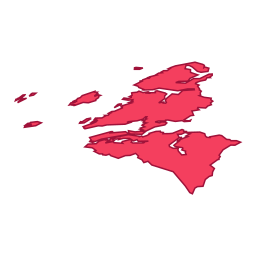 the district of Bodø nor, Nordland, Norway
{"feature_id": "86288312B60983517204025", "entity_name": "Bodø nor", "entity_type": "district", "adm_level": 2, "iso_a3": "NOR", "parent_name": "Norway", "parent_adm1": "Nordland", "projection": "robinson", "projection_center": [14.703, 67.257], "detail": "fine", "context": "isolated", "style": "filled", "palette": "rose", "viewbox_px": 256, "rotation_deg": 0, "n_neighbors": 0, "source": "geoboundaries", "source_scale": "gbopen_adm2", "svg_char_len": 5838}
<svg xmlns="http://www.w3.org/2000/svg" viewBox="0 0 256 256"><path d="M189.8,192.6L192.4,193.8L194.9,188.1L197.5,186.6L203.0,186.3L205.3,179.5L209.2,176.4L212.2,175.5L212.6,171.9L214.4,168.5L210.1,165.1L217.7,159.6L219.0,159.4L219.0,158.2L220.2,156.6L219.1,155.2L223.0,149.8L230.7,145.1L235.0,145.2L240.6,142.2L236.6,140.7L230.9,140.7L229.8,139.6L226.6,139.4L221.7,135.6L219.2,135.1L209.9,136.8L210.0,137.5L206.8,137.3L205.5,136.1L204.7,133.7L199.9,132.1L188.0,132.4L186.9,133.0L190.0,133.8L185.9,136.0L187.8,136.6L177.7,140.4L177.4,141.0L179.1,141.1L173.9,145.3L175.2,146.5L182.6,147.7L182.8,148.6L181.8,149.9L185.6,151.2L185.3,152.5L186.2,154.5L181.7,154.9L178.3,151.1L177.9,149.5L178.4,148.3L173.1,148.3L169.5,146.6L169.1,145.0L178.9,137.8L180.4,138.2L182.0,137.3L178.7,137.7L178.9,136.9L177.5,134.3L181.1,134.3L187.2,131.5L183.7,131.4L183.6,130.1L182.0,129.5L172.5,133.3L169.1,133.6L162.9,133.7L163.4,132.5L160.4,132.1L160.3,131.2L156.0,131.4L149.1,133.4L149.4,134.1L147.0,135.5L142.7,136.9L141.7,136.0L138.5,137.0L139.6,136.3L128.4,134.7L113.3,137.7L115.8,139.2L119.5,138.5L118.9,139.5L123.2,138.4L129.5,138.4L133.6,140.9L137.0,139.6L138.2,141.3L148.4,141.1L142.2,142.1L144.7,142.3L143.3,142.9L132.8,143.0L131.3,142.3L131.8,141.8L131.1,139.7L129.9,139.6L122.4,141.5L121.8,142.3L122.7,143.3L114.0,142.7L112.8,141.6L105.4,143.0L109.4,140.0L106.6,140.0L107.2,139.4L106.6,138.9L105.1,139.4L105.7,140.0L104.4,139.6L99.1,141.1L96.1,143.7L88.1,144.1L84.9,146.9L92.3,147.8L95.9,150.4L94.1,151.3L99.2,153.9L102.6,153.9L102.7,154.8L106.0,155.2L109.3,154.2L110.8,155.7L118.3,158.3L125.4,155.6L130.1,155.4L135.6,153.4L138.4,155.9L137.7,157.6L142.0,159.8L143.8,162.6L148.0,161.3L151.8,165.0L173.2,171.7L185.3,186.0L189.8,192.6ZM212.2,74.0L208.9,74.2L199.8,78.6L193.6,78.6L185.5,83.2L175.7,82.6L178.7,81.4L187.8,81.2L189.9,78.4L197.9,74.9L190.5,72.4L190.5,69.6L185.1,68.7L186.0,65.4L189.2,65.4L192.3,67.0L197.3,71.3L201.0,72.3L208.0,71.4L208.9,68.2L204.8,67.0L203.9,67.6L204.4,65.4L202.8,64.4L195.0,62.2L175.4,65.9L170.9,67.5L168.8,68.5L170.0,68.6L167.3,70.6L163.6,70.7L161.3,72.0L162.3,72.7L158.7,73.1L155.7,74.9L156.4,75.1L149.0,77.0L150.0,77.0L148.9,77.3L149.8,77.6L149.1,78.3L146.9,78.3L142.6,79.9L142.2,80.8L139.4,81.1L141.4,81.5L134.1,85.0L138.0,86.2L138.8,87.5L143.7,89.4L143.0,89.9L143.5,90.0L152.8,89.7L159.1,88.1L177.8,90.8L187.8,88.9L194.1,88.9L194.3,89.8L182.7,90.5L178.4,94.5L172.1,93.9L166.2,98.7L165.4,100.5L166.4,102.5L165.6,103.2L163.3,103.0L163.8,102.1L163.1,102.0L162.1,102.3L158.7,102.8L164.6,98.7L164.7,95.9L166.7,94.0L165.2,93.0L157.1,90.8L155.2,91.2L155.4,92.6L149.2,92.8L150.6,93.2L149.8,93.3L145.2,93.0L149.2,92.4L148.2,91.8L143.0,92.6L138.9,91.1L137.1,92.2L132.1,92.7L131.6,92.9L132.1,95.3L130.0,96.3L131.3,96.4L131.3,97.5L127.9,98.5L123.9,98.0L122.6,99.3L128.1,100.2L132.6,99.7L131.4,101.1L133.7,101.0L129.2,102.4L131.5,102.9L121.4,106.0L122.1,106.4L120.7,107.1L122.2,107.1L122.4,107.9L114.4,111.3L111.8,111.5L109.4,112.8L110.4,113.0L108.6,113.7L109.4,114.0L108.2,115.3L104.8,115.4L105.5,115.9L102.0,117.9L95.4,118.1L94.4,119.4L96.0,119.5L91.5,122.3L94.4,121.5L95.4,120.3L97.1,120.7L96.0,121.9L92.3,123.5L92.4,123.3L91.4,122.8L91.8,122.7L91.4,122.7L91.2,122.9L92.3,123.3L83.1,126.7L84.1,127.8L83.3,128.1L85.4,128.1L84.2,128.7L85.4,128.7L98.2,125.8L102.2,126.0L106.9,124.9L125.2,124.2L132.2,121.9L127.0,122.5L128.2,121.7L137.2,120.8L142.9,119.2L145.7,116.7L146.9,116.8L145.5,119.0L146.1,118.9L146.5,119.0L142.7,120.8L144.6,121.2L143.5,122.4L146.5,122.9L142.9,124.3L143.5,124.7L142.2,125.4L144.8,126.8L141.0,127.9L141.5,128.2L139.8,129.1L144.2,130.3L142.9,130.6L143.2,131.3L146.1,131.0L154.8,126.9L164.9,124.9L166.8,123.0L165.1,122.1L160.3,121.8L160.8,122.3L159.6,122.9L155.1,121.9L158.5,121.0L165.7,121.0L165.6,120.2L167.8,120.0L175.3,121.4L182.1,120.6L184.1,121.6L190.2,121.2L190.7,120.1L189.2,120.8L185.1,120.5L184.2,119.7L190.6,115.7L193.6,115.3L191.9,111.0L199.1,109.8L197.5,108.5L197.9,107.5L205.7,108.0L207.9,105.9L211.4,104.7L210.5,102.9L212.8,101.2L210.8,99.7L211.2,98.2L204.2,97.3L199.2,95.6L200.6,95.0L200.2,92.9L201.3,91.2L199.3,89.9L199.7,89.2L197.6,86.2L199.0,85.1L195.5,83.7L196.0,82.7L200.2,81.1L205.6,80.0L207.0,77.7L210.1,77.6L209.6,77.2L212.2,75.4L212.2,74.0ZM94.9,91.3L82.2,95.6L80.3,97.6L77.0,98.7L77.7,98.8L76.5,99.7L76.6,101.3L75.4,101.1L75.7,100.3L74.8,100.6L73.1,101.4L74.5,102.3L70.8,102.9L69.2,105.0L73.2,104.3L74.0,104.5L73.2,105.1L74.1,105.1L73.3,105.6L74.8,105.4L83.1,102.4L88.4,102.8L95.8,100.5L95.7,99.6L98.6,97.6L98.7,96.2L100.5,95.4L98.3,94.8L95.0,96.2L94.8,95.6L97.7,93.5L96.7,92.9L97.1,92.5L95.9,92.6L96.7,92.2L94.7,92.1L94.9,91.3ZM125.6,131.7L109.0,133.0L113.2,131.6L111.1,131.6L89.6,137.5L91.2,140.0L90.1,141.0L92.3,141.2L90.8,141.9L92.6,142.4L101.5,139.1L129.0,134.2L125.6,131.7ZM37.4,121.6L30.5,122.4L29.6,123.9L28.2,123.9L28.5,123.3L27.7,123.4L25.6,125.0L29.8,124.5L29.3,125.2L30.4,125.0L30.5,125.1L29.3,125.4L30.7,125.2L31.1,124.8L31.1,125.1L30.4,125.3L31.1,125.7L25.0,125.8L24.4,127.3L35.8,125.7L41.3,122.8L37.4,121.6ZM135.1,131.9L128.4,130.7L128.6,132.7L130.5,134.0L142.0,134.3L145.1,131.9L140.3,130.8L139.8,130.9L141.5,131.2L135.1,131.9ZM89.3,118.8L89.7,118.3L86.6,118.9L82.0,121.9L80.7,121.6L79.3,123.1L81.2,122.4L80.2,123.2L84.1,122.9L90.3,119.1L89.3,118.8ZM113.4,138.3L110.6,138.4L109.3,141.1L111.8,141.6L114.2,140.6L112.9,139.7L114.3,139.1L113.4,138.3ZM26.6,98.2L21.4,99.2L19.5,100.7L20.5,100.7L18.5,101.2L19.2,101.2L17.6,102.7L26.6,98.2ZM24.9,94.8L22.9,95.0L20.8,96.6L21.9,96.7L19.5,97.7L20.7,97.9L15.9,99.3L15.4,100.7L22.6,97.3L23.4,96.0L21.9,96.3L24.3,95.7L24.2,96.1L24.9,94.8ZM136.0,67.4L133.9,67.9L140.4,68.0L133.7,69.3L139.7,69.3L142.9,68.0L136.0,67.4ZM119.8,103.8L117.7,104.5L114.2,107.7L122.0,103.9L119.2,104.1L119.8,103.8ZM35.9,93.2L32.3,93.2L29.9,94.9L30.8,94.6L32.0,94.6L29.0,96.1L33.6,95.1L35.9,93.2Z" fill="#f43f5e" stroke="#9f1239" stroke-width="1.5"/></svg>